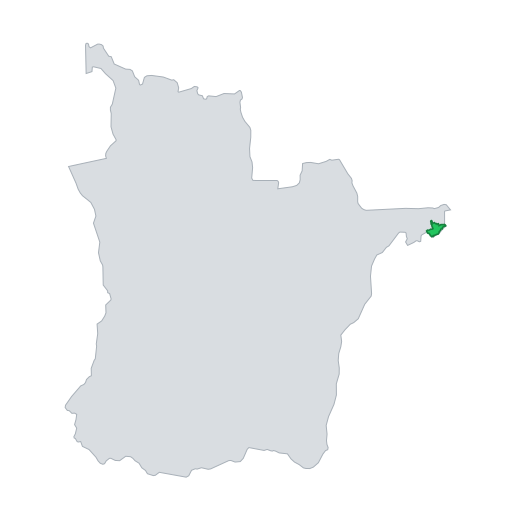 Tshela, Bas-Congo, Democratic Republic of the Congo shown in context, rotated 178°
{"feature_id": "63176286B47015384768636", "entity_name": "Tshela", "entity_type": "district", "adm_level": 2, "iso_a3": "COD", "parent_name": "Democratic Republic of the Congo", "parent_adm1": "Bas-Congo", "projection": "robinson", "projection_center": [12.976, -4.984], "detail": "fine", "context": "in_parent", "style": "filled", "palette": "green", "viewbox_px": 512, "rotation_deg": 178, "n_neighbors": 0, "source": "geoboundaries", "source_scale": "gbopen_adm2", "svg_char_len": 6659}
<svg xmlns="http://www.w3.org/2000/svg" viewBox="0 0 512 512"><g transform="rotate(178 256 256)"><path d="M440.2,352.0L402.1,358.8L402.8,361.3L402.5,363.8L401.5,365.8L397.6,371.2L391.8,376.1L391.8,377.2L394.6,382.7L396.4,390.2L395.7,403.4L396.4,406.9L396.3,409.7L394.3,412.8L390.2,428.7L392.7,436.3L400.1,443.5L404.4,448.8L411.8,450.8L413.0,450.5L413.5,446.0L419.4,444.3L419.0,472.6L418.5,474.2L417.4,474.6L416.0,473.7L415.6,471.0L414.1,469.8L406.8,473.3L405.0,473.2L403.0,472.6L401.5,471.2L401.2,469.0L396.2,460.8L393.7,460.2L391.0,452.8L379.7,447.3L375.4,446.9L373.1,445.3L371.0,439.4L367.2,435.7L366.4,431.5L365.7,430.9L363.4,431.8L361.3,438.4L358.7,439.9L354.1,440.1L342.4,438.1L334.1,434.7L332.0,435.0L328.7,431.9L327.4,426.8L328.2,422.9L327.5,422.4L314.8,425.6L311.7,427.6L308.9,427.1L308.0,426.1L309.3,423.4L308.7,420.4L307.8,419.1L304.0,418.0L302.9,414.9L300.6,414.4L299.8,414.9L299.2,417.0L297.8,417.7L290.3,416.7L282.3,419.5L271.8,418.7L266.7,422.0L266.0,421.9L264.9,420.3L264.0,414.9L264.5,413.4L266.1,412.4L266.7,410.2L266.2,404.7L266.6,403.4L266.1,400.2L264.6,395.1L262.4,390.9L257.6,384.7L256.8,381.7L257.1,374.7L258.7,363.7L258.6,355.5L256.7,350.1L256.3,344.4L257.6,334.0L256.4,331.6L232.3,330.7L231.3,329.9L230.8,328.5L231.9,322.4L217.3,323.9L212.9,325.1L210.1,327.6L209.2,330.7L209.1,335.2L206.9,339.5L206.2,346.8L202.2,347.6L198.1,347.6L190.3,346.0L182.6,348.1L178.9,350.0L176.9,349.1L170.1,349.8L169.2,349.3L161.4,335.0L157.9,330.2L157.3,327.9L157.6,325.7L156.6,322.7L153.0,315.3L152.3,311.9L152.5,306.6L152.1,304.8L148.8,300.1L146.6,298.6L144.3,297.8L104.9,298.4L91.9,297.6L82.4,298.2L77.6,297.8L76.2,297.1L71.9,298.1L69.6,300.0L66.2,301.0L64.1,300.6L60.0,295.3L65.6,294.4L66.0,293.9L66.4,281.1L64.9,279.3L67.9,277.1L72.7,271.5L77.3,269.5L78.0,268.4L79.0,268.4L80.7,270.8L84.7,273.9L89.7,271.2L90.3,270.4L90.9,264.9L92.2,264.5L94.3,265.6L95.5,265.6L97.7,264.1L104.1,261.3L106.0,264.8L104.2,268.0L105.0,270.2L105.2,273.7L106.2,274.5L111.3,274.9L112.7,274.0L122.8,261.5L125.4,260.1L129.6,255.1L135.2,252.8L137.6,248.9L140.9,241.9L142.3,231.8L141.8,214.3L142.3,211.9L149.0,204.0L156.0,189.7L160.7,186.0L164.2,184.5L169.6,179.2L174.0,174.0L173.4,167.6L174.4,162.4L176.7,155.7L177.5,148.7L176.7,141.2L177.0,135.1L180.2,125.4L180.5,114.3L183.3,104.9L189.1,93.0L191.8,84.2L191.2,75.5L192.0,69.1L191.7,65.3L190.6,62.0L191.1,59.9L193.3,59.1L196.0,55.8L200.9,47.2L206.1,43.0L209.7,41.7L213.5,41.9L216.0,42.6L220.1,46.0L224.7,48.7L228.1,52.0L231.5,57.2L239.7,58.4L243.2,60.3L245.3,61.0L246.1,60.5L247.8,60.7L251.6,62.3L254.7,61.4L269.8,64.8L271.5,63.2L275.8,54.2L278.9,51.1L284.1,50.8L288.1,52.5L290.3,52.5L308.8,44.8L311.2,44.5L317.9,46.3L322.3,45.1L324.1,45.5L327.9,44.1L330.9,38.7L333.5,37.4L360.2,43.2L364.2,40.4L366.2,40.1L372.1,42.2L373.9,45.5L377.5,48.3L380.1,53.0L384.0,55.6L386.1,58.1L388.4,59.8L393.2,60.4L399.4,56.2L403.8,56.6L408.1,58.9L409.6,58.9L412.9,56.4L414.6,53.7L416.3,53.2L418.9,54.3L421.0,56.8L422.9,60.4L429.6,68.4L436.1,71.8L437.7,76.7L440.0,76.3L441.2,76.7L442.9,79.9L444.1,80.5L444.3,81.8L442.7,84.7L441.2,90.3L443.2,93.8L441.6,98.8L440.7,104.0L442.8,105.3L445.5,105.2L448.0,107.9L450.0,108.3L452.0,111.2L451.6,113.5L445.2,122.0L435.7,132.3L432.5,133.6L430.8,135.5L429.7,138.5L426.9,141.1L424.7,142.1L424.6,149.5L421.4,157.3L420.2,158.9L418.4,171.5L418.7,173.6L416.9,183.9L417.2,193.5L412.5,196.5L409.3,201.2L407.9,204.5L407.9,212.3L402.6,217.1L402.3,218.2L403.6,223.6L405.5,224.5L405.5,226.4L409.7,232.3L409.4,250.5L409.6,252.3L411.8,256.6L413.3,264.8L411.6,275.3L417.3,294.5L414.6,301.5L415.8,308.3L419.2,315.3L427.3,322.3L429.4,325.1L431.4,329.0L433.3,335.0L440.2,352.0Z" fill="#d9dde1" stroke="#a8b0b8" stroke-width="1"/><path d="M79.8,285.2L80.0,284.9L80.2,284.7L80.2,284.2L80.2,283.9L80.1,283.7L79.9,283.5L79.8,283.4L79.7,283.3L79.7,282.8L79.7,282.5L79.8,282.4L80.0,282.2L79.9,281.7L79.7,281.6L79.5,281.8L79.5,282.0L79.4,282.1L79.3,281.9L79.2,281.6L79.2,281.4L79.0,281.2L79.1,280.9L79.2,280.4L79.3,280.0L79.2,279.7L78.9,279.3L78.7,279.0L78.5,278.6L78.5,278.4L78.7,278.2L78.4,277.8L78.4,277.6L78.2,277.5L78.1,277.4L78.2,277.1L78.4,276.8L78.8,276.7L79.1,276.6L79.3,276.6L79.6,276.6L79.9,276.7L80.2,276.8L80.3,276.8L80.6,276.7L80.8,276.6L81.0,276.4L81.3,276.2L81.5,276.1L81.7,275.9L81.9,275.9L82.1,275.8L82.3,275.8L82.6,275.8L83.0,275.7L83.4,275.7L83.5,275.7L83.6,275.9L83.8,275.9L83.9,275.6L84.1,275.4L84.4,275.3L84.7,275.1L84.6,274.8L84.6,274.7L84.4,274.5L84.3,274.4L84.2,274.2L84.0,273.9L84.0,273.7L83.9,273.6L84.0,273.5L84.0,273.4L83.9,273.1L83.6,273.0L83.6,272.9L83.4,272.7L83.2,272.6L82.8,272.6L82.7,272.6L82.4,272.6L82.3,272.4L82.2,272.4L82.0,272.2L81.8,272.1L81.7,271.8L81.6,271.7L81.4,271.5L81.4,271.4L81.5,271.3L81.5,271.2L81.4,271.1L81.2,270.6L81.0,270.2L80.9,270.2L80.7,270.1L80.5,269.9L80.4,269.9L80.3,269.7L80.2,269.6L80.0,269.3L79.9,269.2L79.8,269.3L79.6,269.4L79.4,269.5L79.1,269.5L78.9,269.5L78.7,269.5L78.4,269.4L78.2,269.5L78.3,269.9L78.3,270.0L78.2,270.3L77.9,270.4L77.7,270.3L77.3,270.2L77.2,270.1L76.9,270.4L76.8,270.5L76.7,270.5L76.1,270.7L75.9,270.7L75.8,270.8L75.7,270.9L75.5,271.0L75.4,271.0L75.1,271.1L74.7,271.3L74.4,271.5L74.1,271.5L74.0,271.4L73.6,271.4L73.6,271.5L73.4,271.6L73.2,271.9L73.3,271.9L73.2,271.9L72.9,271.9L72.8,272.0L72.7,272.4L72.5,272.5L72.4,272.6L72.3,272.9L72.2,273.0L72.1,273.3L71.9,273.6L71.9,273.8L72.1,273.9L72.1,274.0L71.8,274.2L71.7,274.2L71.6,274.5L71.3,274.7L71.2,274.7L71.0,274.8L70.9,274.9L70.8,275.0L70.7,275.2L70.6,275.3L70.5,275.6L70.5,275.8L70.5,276.1L70.4,276.2L70.3,276.4L70.2,276.5L69.8,276.5L69.5,276.6L69.3,276.7L69.2,276.6L68.9,276.5L68.7,276.6L68.7,276.9L68.8,277.1L68.8,277.3L68.8,277.5L68.7,277.6L68.7,277.9L68.6,278.1L68.4,278.2L68.1,278.3L68.0,278.5L67.9,278.6L67.7,278.6L67.6,278.8L67.4,278.8L67.0,278.8L66.7,279.1L66.3,279.3L66.1,279.3L65.7,279.2L65.5,279.3L65.4,279.4L65.3,279.7L65.3,279.8L65.4,280.0L65.5,280.1L65.6,280.3L65.8,280.5L66.1,280.6L66.3,280.8L66.4,280.7L66.5,280.8L66.7,281.0L66.9,281.0L67.0,280.9L67.3,280.8L67.5,280.9L68.2,280.7L68.3,280.8L68.3,281.1L68.4,281.3L68.4,281.2L68.5,281.1L68.8,281.1L69.0,281.0L69.3,281.0L69.5,280.8L69.9,280.8L70.2,280.9L70.4,280.9L70.6,280.7L70.8,280.5L71.0,280.4L71.4,280.3L71.4,280.2L71.5,280.2L71.8,280.0L72.0,279.9L72.0,280.2L72.1,280.4L72.2,281.0L72.4,281.5L72.5,281.7L72.6,282.0L72.8,282.0L73.0,281.9L73.3,281.6L73.5,281.4L73.8,281.2L73.9,281.4L74.1,281.8L74.3,282.0L74.6,282.2L75.1,281.9L75.8,282.5L76.1,282.7L76.5,283.2L76.8,283.1L76.9,282.9L77.0,282.9L77.1,282.7L77.3,282.7L77.5,282.6L78.8,283.1L78.6,283.3L78.6,283.5L78.8,283.7L79.1,283.5L79.2,283.8L78.9,284.2L78.8,284.4L78.8,284.6L79.1,285.0L79.3,285.3L79.6,285.3L79.8,285.2Z" fill="#22c55e" stroke="#15803d" stroke-width="1.5"/></g></svg>